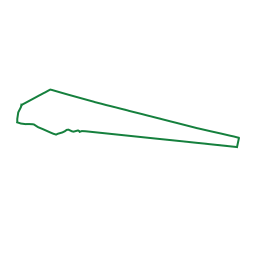 Al Buhaira, River Nile, Sudan (Natural Earth projection), rotated 102°
{"feature_id": "16777658B74414599531320", "entity_name": "Al Buhaira", "entity_type": "district", "adm_level": 2, "iso_a3": "SDN", "parent_name": "Sudan", "parent_adm1": "River Nile", "projection": "natural_earth1", "projection_center": [32.571, 20.233], "detail": "fine", "context": "isolated", "style": "outline", "palette": "green", "viewbox_px": 256, "rotation_deg": 102, "n_neighbors": 0, "source": "geoboundaries", "source_scale": "gbopen_adm2", "svg_char_len": 1362}
<svg xmlns="http://www.w3.org/2000/svg" viewBox="0 0 256 256"><g transform="rotate(102 128 128)"><path d="M124.0,17.4L120.1,17.4L115.4,17.4L115.0,17.4L114.9,17.4L114.7,17.4L114.5,17.6L114.5,18.6L114.3,22.6L114.3,23.1L114.3,23.3L114.3,26.6L114.1,35.7L114.1,36.5L114.0,47.0L113.8,58.7L113.8,59.3L113.8,60.2L113.8,60.8L113.7,62.6L112.9,81.9L112.7,87.6L112.3,97.1L111.7,112.6L111.5,116.6L111.3,122.3L111.2,125.8L111.0,131.1L110.9,131.7L110.2,149.7L110.1,154.0L109.8,159.2L109.7,162.5L109.6,164.7L109.6,165.1L109.6,165.5L109.4,167.1L109.1,172.4L107.9,192.2L107.7,195.2L107.6,196.6L107.5,198.0L107.4,199.5L106.6,210.5L106.6,210.9L106.6,211.9L106.6,212.0L107.4,213.0L108.6,214.4L110.6,216.7L111.5,217.9L112.3,218.8L112.8,219.4L113.2,219.9L113.5,220.2L114.6,221.6L116.4,223.7L117.6,225.1L121.0,229.1L125.4,234.3L126.3,235.4L126.9,236.1L127.4,236.7L127.5,236.7L127.4,237.1L128.2,237.1L129.9,237.1L134.0,238.2L135.5,238.6L142.1,238.2L145.0,237.6L145.5,237.6L145.6,236.4L145.9,233.7L145.5,229.0L144.8,226.1L144.2,222.4L144.1,220.8L145.9,216.1L146.6,212.2L146.8,211.1L148.6,202.7L149.2,199.5L149.2,198.9L149.4,197.0L148.2,195.4L146.0,191.3L144.3,189.1L142.6,187.6L142.0,185.9L142.9,182.1L142.9,180.5L140.8,176.4L141.2,175.0L141.8,174.5L140.6,172.5L140.0,168.7L132.4,97.0L130.7,81.3L124.1,18.6L124.0,17.5L124.0,17.4Z" fill="none" stroke="#15803d" stroke-width="2"/></g></svg>